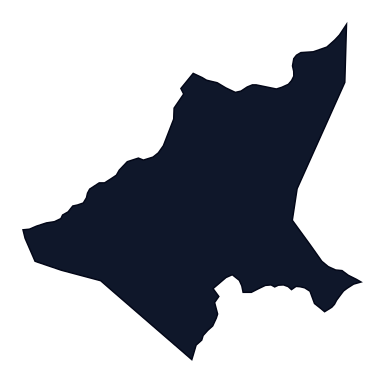 outline of Arcoverde, Pernambuco, Brazil
{"feature_id": "56859067B76130441403103", "entity_name": "Arcoverde", "entity_type": "district", "adm_level": 2, "iso_a3": "BRA", "parent_name": "Brazil", "parent_adm1": "Pernambuco", "projection": "albers", "projection_center": [-36.998, -8.376], "detail": "fine", "context": "isolated", "style": "filled", "palette": "ink", "viewbox_px": 384, "rotation_deg": 0, "n_neighbors": 0, "source": "geoboundaries", "source_scale": "gbopen_adm2", "svg_char_len": 1465}
<svg xmlns="http://www.w3.org/2000/svg" viewBox="0 0 384 384"><path d="M281.8,87.3L276.4,89.0L256.3,84.9L252.3,84.9L247.2,87.0L241.0,91.1L235.3,92.4L225.8,87.9L217.3,82.8L206.5,80.2L202.2,77.6L193.2,73.4L180.9,88.5L183.7,94.0L174.1,108.1L173.7,119.1L163.4,145.7L158.3,152.9L153.0,157.1L143.4,160.1L138.4,158.1L127.3,161.7L119.3,170.1L116.4,175.2L111.0,178.8L104.5,182.9L99.2,182.9L89.7,189.1L87.5,193.2L86.5,197.7L83.3,203.0L77.5,205.0L72.8,206.0L68.1,211.9L62.6,215.0L60.9,218.6L54.4,221.7L46.5,222.9L36.6,226.1L29.4,229.2L23.0,229.8L25.1,238.3L35.1,261.3L61.3,270.2L100.7,280.7L113.2,291.6L191.8,359.6L193.2,355.0L196.1,345.1L201.7,340.1L203.1,335.5L207.8,330.3L212.7,325.9L216.3,318.1L217.6,314.0L215.6,306.4L214.6,302.5L218.8,296.5L215.8,292.4L213.0,288.6L226.0,277.5L232.3,274.7L239.3,280.3L241.8,285.8L243.1,292.3L251.4,292.3L258.0,288.9L265.3,285.4L271.1,284.9L274.7,286.9L278.3,285.2L283.5,284.9L288.2,286.6L291.5,289.6L296.0,286.4L300.0,286.7L304.7,287.8L310.0,291.2L314.5,303.5L319.7,307.6L324.6,311.7L331.8,307.2L334.5,304.2L336.6,300.2L340.9,294.4L343.5,291.0L347.2,288.2L353.6,284.1L361.0,282.0L356.5,279.4L348.3,275.3L342.0,270.6L335.6,270.0L328.2,266.6L321.8,261.3L310.2,244.9L292.3,220.3L297.1,188.7L301.9,178.0L324.6,127.5L344.8,82.4L346.5,24.4L339.5,35.0L334.6,40.2L326.8,47.1L313.2,51.8L300.9,52.6L296.5,55.2L293.8,58.6L292.5,65.9L293.7,71.2L293.8,76.2L291.6,80.6L288.4,84.3L281.8,87.3Z" fill="#0f172a" stroke="#020617" stroke-width="1.5"/></svg>